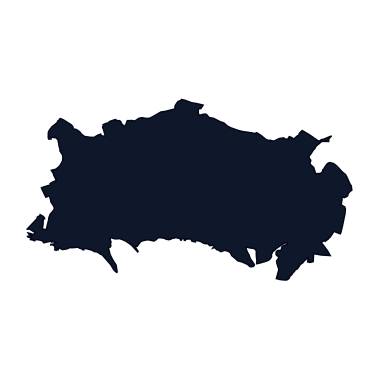 Livezeni, Mures, Romania, rotated 8°
{"feature_id": "2599482B72473858292431", "entity_name": "Livezeni", "entity_type": "district", "adm_level": 2, "iso_a3": "ROU", "parent_name": "Romania", "parent_adm1": "Mures", "projection": "robinson", "projection_center": [24.65, 46.548], "detail": "fine", "context": "isolated", "style": "filled", "palette": "ink", "viewbox_px": 384, "rotation_deg": 8, "n_neighbors": 0, "source": "geoboundaries", "source_scale": "gbopen_adm2", "svg_char_len": 5990}
<svg xmlns="http://www.w3.org/2000/svg" viewBox="0 0 384 384"><g transform="rotate(8 192 192)"><path d="M266.0,254.0L268.7,253.1L275.7,249.9L277.5,248.7L278.8,247.1L279.7,245.2L279.3,242.4L279.8,241.7L280.0,240.2L282.4,237.6L283.1,236.4L289.5,230.7L292.4,229.0L293.5,229.2L294.0,229.4L292.9,230.9L289.3,233.1L288.8,233.7L288.6,234.5L288.5,236.2L288.1,237.5L285.4,237.9L284.6,238.4L284.0,239.2L283.7,240.0L283.9,242.1L284.9,243.2L285.8,243.1L286.1,243.8L287.1,244.2L286.6,246.1L285.5,248.2L285.4,248.9L286.0,250.8L288.6,256.2L288.8,256.9L287.6,266.0L291.2,266.4L295.6,266.3L298.1,265.9L299.4,264.9L300.2,263.8L300.8,261.6L301.6,260.8L302.7,259.2L303.3,257.6L304.4,256.6L305.0,254.9L307.2,253.2L309.4,248.6L311.6,246.6L312.7,244.6L315.5,241.4L316.2,241.2L316.3,245.1L318.6,245.3L321.7,244.1L321.0,236.1L328.6,236.4L337.7,235.7L334.5,231.5L329.1,226.0L326.9,224.3L329.6,221.6L330.6,222.4L333.6,219.5L334.0,218.6L335.0,217.6L338.2,211.0L339.5,211.6L344.6,212.8L345.0,211.7L345.7,204.7L346.5,192.3L346.3,188.2L346.2,187.3L345.3,185.5L341.5,184.0L341.6,178.3L341.0,176.3L340.5,176.0L343.3,176.3L343.9,176.2L345.8,175.0L346.7,174.0L346.8,172.2L347.2,171.1L348.6,169.2L350.0,168.0L348.9,163.8L347.2,161.9L342.9,155.1L341.6,153.4L338.1,151.3L331.6,146.0L328.1,144.1L324.5,143.7L323.9,143.8L322.1,145.1L320.2,148.6L319.7,149.7L319.7,150.3L318.3,152.1L318.9,153.1L316.8,155.7L311.9,156.7L309.1,150.8L305.2,148.1L304.8,146.8L304.8,146.1L305.2,145.1L305.2,144.4L305.0,143.8L303.5,142.4L303.2,141.3L302.4,140.8L302.4,140.5L303.2,139.7L304.3,137.9L306.2,133.8L307.5,132.0L308.1,130.0L309.4,128.2L311.7,125.9L312.6,124.6L314.1,123.7L320.3,122.9L320.1,120.3L322.4,117.0L315.2,121.3L312.8,122.2L310.6,124.2L300.7,119.2L292.6,115.8L290.0,119.1L290.1,120.3L289.8,120.8L288.2,122.1L285.5,125.3L284.9,125.3L283.4,124.3L280.7,123.6L280.1,124.6L281.0,125.4L279.5,126.2L276.0,126.7L275.4,125.6L271.0,126.9L265.9,130.3L262.2,129.9L260.2,130.3L258.1,129.8L252.3,126.3L247.9,124.3L245.8,125.4L243.1,125.1L234.1,125.1L229.7,124.7L221.7,123.1L217.7,121.7L214.3,119.4L213.2,119.0L210.2,118.5L202.9,116.0L199.0,116.0L198.0,115.4L195.6,113.3L194.9,113.0L193.0,113.2L188.5,115.1L187.2,113.0L186.8,109.3L187.4,108.4L189.1,108.2L190.9,104.4L184.3,103.8L179.2,103.7L172.1,102.1L168.6,101.9L168.3,102.8L165.8,104.2L165.1,105.1L163.9,107.6L163.3,108.9L163.3,109.5L163.4,110.9L164.0,111.9L163.8,112.0L154.5,115.8L150.1,117.1L142.1,123.3L140.2,124.6L138.7,125.2L136.7,125.5L131.9,125.4L129.2,126.4L125.5,129.7L122.6,129.6L118.0,130.4L117.2,134.2L116.1,136.5L115.3,136.3L114.1,135.1L113.3,134.8L112.2,133.4L111.9,132.5L110.6,131.6L109.8,131.5L107.3,131.8L106.4,130.9L106.0,130.9L101.0,133.4L100.2,134.0L100.2,134.6L99.8,135.0L96.8,136.3L94.6,137.7L95.2,138.9L94.5,139.6L94.5,140.4L95.5,142.2L98.1,148.0L98.1,148.4L97.8,148.9L94.7,149.0L93.5,147.4L90.8,148.8L87.4,151.6L83.4,152.0L78.0,152.0L74.9,150.4L72.3,148.0L69.2,146.4L67.7,146.1L65.7,146.1L64.8,143.7L62.9,142.2L54.5,138.4L51.4,137.6L50.8,138.1L50.1,139.7L49.4,140.2L48.7,142.3L44.4,146.7L42.0,151.0L41.6,152.4L41.5,153.7L42.1,158.2L42.7,159.5L45.0,159.2L44.9,157.5L46.0,157.3L49.9,157.2L50.9,158.2L51.7,158.5L52.4,159.8L52.6,160.8L53.1,161.0L53.0,161.8L53.5,162.8L53.6,163.9L54.5,166.4L55.0,166.9L55.6,169.8L58.6,173.3L59.3,175.5L59.5,178.2L59.4,179.4L58.3,182.5L57.5,184.3L56.0,186.4L53.8,188.5L49.7,190.1L52.2,193.1L52.8,194.7L54.8,197.5L56.0,199.6L53.5,200.9L50.4,203.3L51.0,204.6L44.5,207.6L42.3,208.9L48.0,217.5L51.3,215.6L53.4,220.1L53.5,221.2L57.2,225.5L57.8,226.7L57.9,228.0L57.6,229.2L54.7,233.7L54.2,235.7L53.8,237.9L54.0,238.8L52.9,249.6L48.9,249.5L49.0,245.5L48.5,239.6L49.8,239.0L49.1,237.8L47.9,236.8L44.8,235.6L44.7,236.1L43.8,237.5L42.8,237.8L42.4,238.3L42.3,239.0L42.6,239.5L34.0,251.6L34.7,251.7L35.8,251.3L36.6,251.4L42.5,254.1L41.0,256.2L37.1,255.5L35.4,255.4L36.4,256.5L39.4,257.6L39.5,258.1L39.3,258.2L38.0,257.9L37.3,258.4L35.9,258.5L35.3,258.8L35.6,259.3L38.8,259.8L38.9,260.6L38.6,261.6L38.9,261.7L40.0,260.6L40.2,260.8L39.8,261.6L41.7,261.8L42.6,262.2L43.1,262.1L43.7,261.1L44.4,260.7L48.4,260.8L50.6,261.2L52.3,262.9L58.8,260.4L59.2,259.8L59.5,259.7L59.8,259.9L59.5,260.6L59.6,261.1L60.0,261.2L60.6,260.4L61.0,260.4L64.1,261.5L62.5,262.7L59.6,263.5L59.6,264.1L61.1,263.6L63.3,264.6L64.3,266.6L64.0,268.3L65.5,268.7L65.8,268.1L67.5,267.9L67.6,267.3L66.5,266.7L67.2,266.2L68.3,266.0L69.8,266.3L71.6,267.1L75.2,266.0L77.6,264.9L78.2,264.3L79.7,263.8L80.4,264.0L87.0,262.5L88.2,263.2L91.2,263.7L91.6,264.2L92.3,264.5L92.6,264.4L92.4,263.8L92.7,263.5L94.0,263.2L94.6,262.7L100.8,263.5L103.7,264.6L106.2,264.5L109.2,265.8L109.8,266.3L111.5,266.6L112.7,267.5L121.6,275.2L125.4,279.9L126.7,281.0L128.6,282.1L128.8,282.1L129.0,281.6L127.0,275.0L122.6,269.8L119.5,265.2L117.5,260.2L117.2,258.6L117.3,258.3L118.8,257.8L119.1,256.6L118.2,253.6L118.8,253.2L117.7,250.6L117.2,248.4L122.0,249.1L125.0,248.7L125.9,248.2L128.9,248.6L133.4,249.9L139.5,253.0L146.6,258.9L146.9,258.6L146.5,257.9L144.3,255.4L143.3,254.0L145.3,253.3L147.3,249.6L148.3,248.1L150.9,246.7L155.0,245.4L161.2,245.8L163.1,244.2L164.4,242.4L165.5,241.9L167.8,241.6L170.4,241.6L173.8,242.5L175.4,242.1L175.8,242.5L177.7,241.6L178.7,240.7L181.4,239.9L181.8,239.5L182.3,239.4L185.6,239.7L187.3,240.3L187.4,241.2L188.2,241.1L188.5,239.9L189.0,239.5L190.7,239.5L191.2,239.9L191.2,240.9L192.1,240.9L192.5,239.6L196.7,238.7L197.4,238.9L198.8,240.7L199.5,240.8L202.3,241.0L202.8,239.6L204.2,239.3L207.7,239.9L210.3,241.0L211.7,241.3L214.3,241.1L215.3,241.2L216.7,242.5L218.0,242.5L219.9,241.8L220.6,241.9L220.8,242.2L221.0,243.4L220.4,244.7L222.1,243.8L224.5,245.6L226.6,245.9L228.5,247.0L229.9,246.8L230.3,246.2L232.6,245.2L235.8,245.6L238.3,246.6L240.2,249.4L245.7,252.8L246.6,253.7L250.7,254.2L253.6,254.9L257.1,256.0L259.8,257.8L260.6,257.9L263.1,257.2L263.9,255.7L263.6,254.9L258.8,249.6L257.2,246.4L254.9,243.4L252.9,239.5L253.3,239.0L258.3,239.4L260.1,239.2L262.3,239.8L263.2,240.3L264.0,242.1L264.6,246.3L265.8,250.9L266.0,254.0Z" fill="#0f172a" stroke="#020617" stroke-width="1.5"/></g></svg>